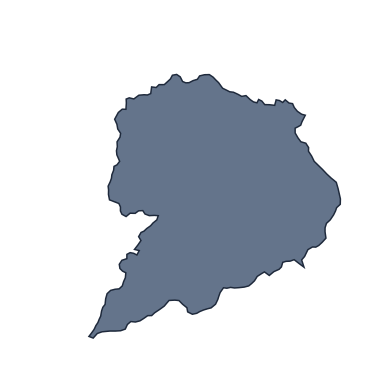 outline of Itatiba, São Paulo, Brazil, rotated 163°
{"feature_id": "56859067B5628063584569", "entity_name": "Itatiba", "entity_type": "district", "adm_level": 2, "iso_a3": "BRA", "parent_name": "Brazil", "parent_adm1": "São Paulo", "projection": "robinson", "projection_center": [-46.798, -23.014], "detail": "fine", "context": "isolated", "style": "filled", "palette": "slate", "viewbox_px": 384, "rotation_deg": 163, "n_neighbors": 0, "source": "geoboundaries", "source_scale": "gbopen_adm2", "svg_char_len": 2677}
<svg xmlns="http://www.w3.org/2000/svg" viewBox="0 0 384 384"><g transform="rotate(163 192 192)"><path d="M318.9,84.6L311.0,83.0L305.8,81.4L300.8,80.2L295.9,80.4L292.5,84.2L288.4,86.0L284.1,84.2L279.4,84.0L275.1,85.2L270.5,86.7L266.7,85.6L263.1,87.4L257.1,89.2L251.9,91.0L245.7,95.0L240.0,93.6L236.2,92.0L233.8,87.4L230.7,82.8L231.2,78.6L227.4,75.0L222.9,74.6L219.5,75.4L215.4,75.8L211.3,75.8L207.6,75.6L202.3,77.8L198.8,81.6L196.6,84.8L194.5,87.6L189.9,91.2L186.8,89.8L183.0,89.5L179.4,87.8L175.1,86.8L169.9,85.8L165.2,85.6L161.8,87.0L158.2,88.8L154.3,92.2L149.4,93.6L146.1,94.4L142.5,89.6L137.0,91.9L131.3,92.6L128.4,94.2L125.8,98.2L122.4,98.2L118.4,97.2L114.1,97.4L110.3,92.0L106.9,87.4L107.0,95.0L103.2,97.4L98.0,103.0L92.9,104.2L89.7,103.1L86.4,103.8L82.1,105.9L77.4,108.7L76.4,115.1L75.2,118.9L72.6,122.7L68.0,124.9L63.3,128.7L60.3,131.9L58.3,134.7L53.8,136.9L52.1,142.0L51.3,152.5L51.2,159.1L54.9,164.7L57.9,169.9L60.5,175.2L66.2,185.6L67.1,191.4L68.7,196.9L67.5,200.4L68.9,205.4L73.2,208.2L74.8,212.7L76.1,218.3L74.7,222.9L71.6,223.4L68.5,224.1L66.4,226.9L61.2,232.3L64.4,234.3L67.6,238.3L69.5,242.9L70.0,247.1L73.2,248.7L75.9,252.9L79.1,251.1L81.6,253.9L84.6,255.5L87.6,250.7L92.6,252.9L96.9,254.3L98.6,258.5L101.2,261.0L103.8,258.3L106.9,260.2L109.3,263.3L112.2,268.4L116.5,268.9L119.5,272.0L123.2,275.3L126.6,276.8L129.1,279.2L132.4,282.3L134.6,288.8L136.4,292.0L138.2,295.6L141.1,299.2L145.8,300.5L150.8,300.8L153.9,298.2L158.4,298.2L162.8,297.4L166.0,298.2L168.7,300.4L169.6,305.6L172.3,308.9L176.6,309.4L179.6,306.4L183.1,304.7L187.1,302.8L192.1,304.3L195.7,302.4L199.9,304.3L202.7,298.2L206.2,297.8L209.4,299.0L214.5,300.1L220.4,298.0L224.5,300.4L227.8,300.1L228.8,296.2L231.0,290.4L234.5,291.6L239.2,289.6L244.7,284.2L244.0,278.7L244.6,274.0L243.1,269.0L244.8,265.5L249.0,261.9L250.2,257.1L252.2,253.5L253.0,249.5L252.2,242.5L255.8,239.9L259.1,239.3L260.6,235.7L263.6,231.9L265.0,228.7L267.3,225.6L270.5,222.1L271.2,218.3L272.6,214.1L273.2,208.6L265.3,202.4L264.8,198.6L266.0,194.8L265.5,191.2L262.2,187.8L257.4,189.8L252.6,188.2L248.6,189.6L244.5,188.6L243.4,184.7L239.8,181.9L234.7,180.6L231.2,179.2L233.8,175.6L238.3,173.8L241.5,171.8L246.0,170.3L249.4,168.6L252.6,168.2L256.1,164.9L255.0,160.5L259.3,157.1L263.8,153.9L259.6,151.4L263.1,147.9L265.7,150.4L268.9,152.1L272.5,151.4L273.8,147.3L279.0,147.2L282.7,144.1L283.3,139.9L281.6,136.7L278.9,134.1L280.8,129.5L283.6,126.3L286.1,122.6L290.0,120.7L294.1,121.5L298.6,121.7L302.9,119.6L305.8,115.1L308.0,109.9L311.0,107.8L313.3,104.6L315.6,100.0L317.9,97.5L320.2,94.6L322.9,92.4L325.8,89.2L328.9,86.8L332.8,84.0L329.2,81.2L323.9,84.4L318.9,84.6Z" fill="#64748b" stroke="#1e293b" stroke-width="1.5"/></g></svg>